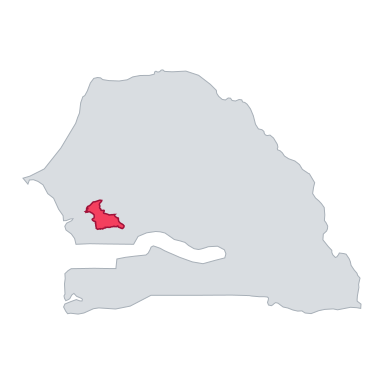 location of Kaolack, Kaolack, Senegal
{"feature_id": "50182788B15645681951695", "entity_name": "Kaolack", "entity_type": "district", "adm_level": 2, "iso_a3": "SEN", "parent_name": "Senegal", "parent_adm1": "Kaolack", "projection": "albers", "projection_center": [-16.083, 14.112], "detail": "fine", "context": "in_parent", "style": "filled", "palette": "rose", "viewbox_px": 384, "rotation_deg": 0, "n_neighbors": 0, "source": "geoboundaries", "source_scale": "gbopen_adm2", "svg_char_len": 7326}
<svg xmlns="http://www.w3.org/2000/svg" viewBox="0 0 384 384"><path d="M309.4,173.8L314.7,182.7L313.6,187.1L312.6,193.5L315.5,198.0L319.0,201.0L321.5,203.7L324.2,207.5L324.8,215.0L324.4,220.5L326.2,223.0L327.7,226.1L327.5,228.7L326.6,231.0L323.3,234.1L322.9,239.8L328.3,246.6L331.8,250.3L331.8,252.4L332.8,254.8L335.4,257.5L336.9,256.8L338.6,254.5L339.3,253.0L343.9,253.6L346.1,254.2L349.1,258.7L350.3,261.6L351.1,265.4L354.2,270.0L357.0,273.3L357.6,275.3L360.0,278.1L358.6,284.3L358.9,287.5L357.4,295.8L357.1,299.8L357.2,301.2L361.0,304.1L360.7,308.4L356.9,307.7L350.5,307.3L337.6,309.8L333.2,308.9L324.7,309.4L318.7,310.7L311.1,313.6L305.1,313.0L301.9,310.9L297.7,311.1L292.9,310.0L287.8,308.0L283.1,307.0L278.0,303.2L275.7,302.6L274.1,303.6L272.7,304.9L271.3,305.7L268.5,305.0L267.5,302.4L268.3,299.9L268.5,298.0L267.3,297.0L264.2,296.7L259.3,296.7L251.3,296.0L249.5,295.6L231.7,295.1L213.2,295.2L197.6,295.3L177.8,295.3L163.9,295.3L151.0,295.3L141.0,300.5L130.2,306.1L115.6,309.0L98.8,307.9L93.5,308.7L87.9,311.2L83.9,313.0L78.1,314.1L70.6,313.2L67.6,313.7L65.7,311.1L63.6,307.0L64.9,304.0L69.5,302.1L76.3,299.6L79.9,300.9L82.0,301.0L82.4,299.4L81.7,298.5L76.6,296.3L73.9,293.4L71.7,295.1L69.8,298.6L68.2,299.7L65.8,300.7L64.5,298.3L64.0,295.9L65.0,294.1L64.5,283.9L65.2,278.5L64.9,273.7L68.1,270.6L71.2,268.7L83.1,268.5L94.2,268.3L105.0,268.5L115.9,268.6L116.9,259.0L120.4,258.3L125.6,257.3L135.2,256.1L145.9,255.0L148.2,253.1L149.9,250.0L151.1,247.1L153.3,245.9L156.3,246.9L160.2,248.3L164.3,250.6L169.0,252.7L172.1,254.0L179.6,257.3L192.4,261.9L203.0,263.7L215.7,260.2L224.8,257.9L225.9,253.8L224.4,249.8L217.6,246.2L208.3,246.7L205.5,247.7L201.1,249.0L198.5,249.5L194.1,248.7L188.6,245.5L185.0,242.4L180.1,240.9L174.3,239.5L165.0,233.0L160.1,231.8L155.6,231.5L146.7,232.8L138.1,236.4L133.6,244.3L125.0,244.2L106.7,244.0L89.8,243.7L76.0,244.3L74.6,238.5L71.3,233.9L66.0,230.0L64.8,226.3L66.6,223.2L71.8,220.6L73.0,218.7L70.3,219.0L66.2,220.6L63.5,220.7L63.1,215.7L58.6,209.2L53.6,198.2L47.8,193.7L43.0,184.8L38.0,181.4L33.4,179.7L29.4,180.0L27.9,184.1L23.0,178.2L29.8,176.2L44.3,168.9L60.9,148.0L75.7,123.3L77.7,117.4L79.5,113.0L80.7,102.8L82.8,96.8L84.8,95.6L87.3,91.0L90.4,82.9L93.8,78.4L97.6,77.5L100.6,77.9L102.7,79.6L108.9,80.6L119.2,81.0L127.2,79.8L132.8,76.9L140.2,75.5L149.4,75.4L154.2,74.2L154.7,71.9L155.9,71.2L157.8,72.1L159.6,71.7L161.2,70.1L162.9,69.9L164.6,71.4L172.3,71.8L185.9,71.1L198.6,75.3L210.3,84.3L216.3,90.3L216.7,93.3L218.7,96.4L222.2,99.4L225.4,100.0L228.2,98.0L230.5,98.2L232.1,100.5L235.5,101.0L239.1,99.5L241.8,99.9L242.3,101.3L242.9,102.1L244.7,102.4L247.1,104.2L250.5,109.0L253.3,115.7L255.5,124.3L258.4,128.9L261.9,129.7L263.9,131.4L264.3,133.5L265.4,134.9L267.1,135.6L270.0,135.1L273.5,138.0L277.3,144.3L277.9,147.1L277.3,148.7L277.6,149.8L280.1,150.8L282.4,152.9L284.4,156.0L288.5,158.7L294.9,161.0L299.5,164.6L302.4,169.4L308.2,173.3L309.4,173.8Z" fill="#d9dde1" stroke="#a8b0b8" stroke-width="1"/><path d="M114.7,214.5L114.3,214.5L114.0,214.5L113.9,214.6L113.7,214.6L113.3,214.6L112.9,214.7L112.1,214.7L111.4,214.7L111.2,214.8L110.8,214.8L110.5,214.8L110.2,214.9L109.5,214.9L109.1,215.0L108.8,214.8L108.7,214.7L108.4,214.6L108.2,214.5L108.0,214.4L106.8,214.0L106.4,213.9L105.6,213.6L104.7,213.5L104.3,213.4L103.9,213.3L103.7,213.2L103.5,212.9L103.6,212.6L103.7,212.3L103.8,212.0L104.0,211.6L104.1,211.3L104.2,211.1L104.2,210.8L104.2,210.6L103.9,210.3L103.7,210.3L103.1,210.4L102.6,210.4L102.1,210.5L101.4,210.3L101.3,210.2L100.9,210.1L100.9,209.5L100.6,208.9L100.3,208.8L100.1,208.7L100.1,208.4L99.9,208.2L99.7,208.1L99.6,207.9L99.6,207.2L99.9,206.3L99.9,206.0L99.7,205.5L99.4,205.0L99.4,204.3L99.5,203.8L99.9,203.1L100.3,202.6L100.7,202.3L101.5,201.3L101.8,200.7L101.8,200.4L101.2,200.4L100.7,200.2L100.1,200.2L99.9,200.2L99.7,200.2L99.2,200.3L98.7,200.5L98.0,200.8L97.8,200.8L97.1,201.1L96.7,201.2L96.1,201.4L95.7,201.5L95.3,201.7L94.8,201.8L94.2,201.8L93.9,201.9L93.5,201.9L93.1,202.1L92.8,202.3L92.7,202.4L92.5,202.6L92.4,202.8L92.2,203.1L92.0,203.3L91.8,203.4L91.6,203.6L91.3,203.9L91.3,204.0L91.2,204.1L90.9,204.5L90.6,204.7L90.5,204.8L90.2,205.2L89.9,205.4L89.7,205.5L89.3,205.8L89.2,205.9L88.7,206.0L88.1,206.3L87.9,206.4L87.6,206.5L87.4,206.8L87.4,207.1L87.5,207.3L87.4,207.4L87.2,207.5L87.4,207.8L87.6,207.8L87.6,208.0L87.7,208.3L87.4,208.2L87.4,208.3L87.1,208.5L86.9,208.5L86.8,208.2L86.7,208.2L86.6,208.3L86.7,208.5L86.7,209.1L86.6,209.4L86.7,209.6L86.8,209.7L86.9,210.2L87.0,210.4L87.0,210.5L86.9,210.5L86.6,210.5L86.7,210.8L86.8,210.9L86.9,211.0L87.0,210.9L87.0,211.0L86.9,211.2L86.7,211.0L86.6,211.3L86.4,211.4L86.1,211.3L86.1,211.5L85.9,211.8L85.5,211.8L85.7,212.0L85.9,212.3L86.0,212.2L86.6,212.1L86.9,212.1L87.2,212.2L87.6,212.1L87.8,212.0L88.0,212.0L88.1,211.9L88.7,211.7L89.1,211.8L90.1,211.9L90.3,212.0L90.5,212.2L90.7,212.4L91.0,212.6L91.5,212.7L91.5,212.9L92.0,213.1L92.5,213.4L92.6,213.5L92.9,213.8L93.0,213.9L93.2,214.1L93.4,214.1L93.5,214.3L93.9,214.6L94.0,214.7L94.0,214.8L94.1,215.0L94.1,215.4L94.2,215.8L94.2,216.0L94.2,216.3L94.2,216.7L94.2,216.9L94.2,217.1L94.2,217.4L94.2,217.5L94.0,217.9L93.9,218.1L93.7,218.2L93.5,218.3L93.4,218.4L93.2,218.4L93.1,218.5L92.7,218.8L92.3,219.1L92.2,219.2L92.2,219.6L92.3,219.8L92.5,220.1L92.7,220.3L93.1,220.6L93.3,220.8L93.5,221.0L93.8,221.1L94.0,221.1L95.2,221.5L95.3,221.7L95.5,221.8L95.4,222.2L95.4,222.4L95.4,222.6L95.6,222.8L95.4,223.0L95.5,223.4L95.5,223.6L95.7,223.8L95.7,224.0L95.8,224.9L95.9,225.2L95.8,225.3L95.9,225.6L95.9,225.9L95.9,226.2L96.0,226.5L96.1,227.0L96.3,227.7L96.3,227.8L96.2,228.0L96.2,228.3L96.5,228.5L97.3,229.1L97.5,229.2L97.6,229.3L97.8,229.3L98.0,229.2L98.8,229.0L99.0,228.9L99.3,228.9L99.5,228.8L99.8,229.0L100.1,229.1L100.4,229.1L100.6,228.9L100.6,228.7L100.8,228.7L101.2,228.7L101.7,228.8L101.9,228.8L102.0,228.8L102.6,229.0L102.8,229.0L102.9,228.9L102.9,228.7L103.0,228.7L103.2,228.4L103.4,228.4L103.5,228.4L103.9,228.2L104.0,228.2L104.4,228.1L104.6,228.0L104.8,228.0L105.1,227.9L105.3,227.9L105.5,227.8L105.5,227.7L105.6,227.8L105.9,227.6L106.0,227.5L106.4,227.4L106.7,227.3L107.1,227.2L107.5,227.2L107.6,227.3L108.2,227.3L108.4,227.3L108.6,227.4L109.0,227.3L109.6,227.4L109.8,227.4L110.3,227.3L110.6,227.1L110.9,227.0L111.2,226.8L111.4,226.8L111.8,226.8L112.0,226.8L112.3,226.8L112.5,226.7L112.9,226.6L113.0,226.6L113.3,226.5L113.5,226.4L113.6,226.5L113.8,226.4L114.0,226.3L114.2,226.5L114.3,226.4L114.7,226.5L114.9,226.5L115.2,226.6L115.5,226.6L116.4,226.7L116.6,226.6L116.8,226.4L117.2,226.2L117.4,226.0L117.5,226.0L117.9,226.0L118.0,226.2L118.1,226.4L118.2,226.6L118.2,226.9L118.4,227.1L118.7,227.2L118.9,227.3L119.0,227.3L119.3,227.4L119.4,227.5L119.5,227.5L119.8,227.6L120.1,227.6L120.3,227.8L120.5,227.8L120.7,228.0L120.8,228.1L121.0,228.1L121.4,228.4L121.8,228.4L122.1,228.4L122.2,228.5L122.4,228.5L122.6,228.5L123.2,227.9L123.5,227.6L123.7,227.4L124.0,226.6L124.0,226.4L124.1,225.9L123.8,225.6L123.6,225.3L123.2,224.8L122.8,224.5L122.4,224.2L121.1,223.5L120.7,223.3L120.0,222.8L119.5,222.2L119.2,221.9L118.7,221.3L118.6,220.8L118.6,220.7L118.6,220.1L118.3,219.7L118.3,219.2L118.4,218.6L118.3,218.1L118.0,218.0L117.7,218.0L117.7,217.9L117.2,217.8L116.9,217.6L116.7,217.6L116.4,217.3L116.0,217.1L115.3,216.6L114.9,216.1L114.7,215.6L114.6,215.4L114.5,215.2L114.3,215.0L114.3,214.9L114.2,214.8L114.4,214.7L114.7,214.5Z" fill="#f43f5e" stroke="#9f1239" stroke-width="1.5"/></svg>